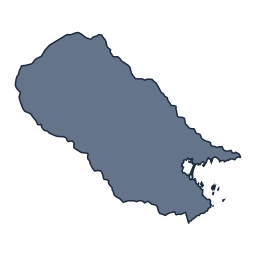 Breiðdalshreppur, Austurland, Iceland
{"feature_id": "244011B15837177030035", "entity_name": "Breiðdalshreppur", "entity_type": "district", "adm_level": 2, "iso_a3": "ISL", "parent_name": "Iceland", "parent_adm1": "Austurland", "projection": "albers", "projection_center": [-14.121, 64.837], "detail": "fine", "context": "isolated", "style": "filled", "palette": "slate", "viewbox_px": 256, "rotation_deg": 0, "n_neighbors": 0, "source": "geoboundaries", "source_scale": "gbopen_adm2", "svg_char_len": 5967}
<svg xmlns="http://www.w3.org/2000/svg" viewBox="0 0 256 256"><path d="M74.7,33.2L70.9,34.7L67.2,34.6L66.3,35.0L49.6,45.1L45.0,50.2L41.3,56.3L36.5,58.6L34.4,60.4L32.4,63.2L31.8,63.8L26.0,65.3L21.6,65.8L19.3,70.8L18.6,74.2L17.1,76.3L16.0,79.7L15.5,83.2L15.4,85.2L16.3,87.7L18.0,90.1L20.0,91.9L20.2,92.7L20.3,93.4L19.2,96.5L19.2,97.9L20.8,103.3L22.2,106.8L22.9,108.5L24.5,111.0L25.4,111.6L29.3,113.1L31.5,114.7L32.2,116.3L35.7,120.4L37.0,122.8L37.4,124.1L37.8,124.5L38.9,124.8L41.4,124.4L41.5,124.5L41.3,125.9L41.8,127.5L44.2,130.4L47.2,130.9L49.6,133.3L56.2,136.1L59.5,136.6L63.2,136.7L65.2,137.4L66.5,138.4L67.1,140.4L67.6,141.1L68.3,141.6L71.9,141.0L72.6,141.2L74.2,143.3L74.2,143.8L73.9,144.3L73.8,146.8L74.0,147.5L74.7,148.4L81.3,152.5L87.2,153.2L87.9,153.7L88.1,154.0L87.6,156.5L87.6,157.8L88.1,159.2L89.8,161.3L90.0,163.0L90.3,164.0L92.6,168.4L94.5,171.0L98.5,170.5L100.7,171.0L101.6,172.0L102.8,174.9L103.4,178.2L103.8,179.0L104.4,179.4L107.0,179.7L108.5,180.8L108.7,181.1L108.5,182.8L108.6,183.5L109.2,184.4L112.0,187.6L112.1,187.9L112.1,189.7L113.0,191.0L114.1,194.8L116.3,196.8L120.3,199.1L122.7,201.8L123.6,202.2L127.8,200.8L133.9,200.8L136.5,201.6L139.4,200.6L141.5,200.8L143.1,201.4L144.5,202.9L147.9,201.3L148.4,201.4L151.8,204.2L155.6,205.0L156.7,205.9L157.4,207.1L158.4,211.1L159.8,213.4L165.5,215.4L167.9,213.7L171.2,212.5L173.6,212.0L174.7,211.9L175.7,214.3L176.2,214.8L178.4,214.2L180.7,214.4L185.6,212.4L188.7,223.5L189.1,221.7L191.3,220.6L192.6,219.1L194.0,218.5L194.8,217.5L195.7,217.1L197.1,215.6L199.2,215.4L200.2,214.0L201.0,213.4L203.3,213.4L204.6,212.8L206.1,211.1L207.4,210.9L208.4,208.4L210.6,207.3L210.9,205.7L210.7,205.4L211.6,204.0L210.7,204.8L210.2,203.9L210.4,203.2L210.3,202.6L210.6,201.0L210.2,200.5L210.1,199.9L208.7,199.2L207.6,199.6L207.0,199.3L203.7,196.4L203.3,195.4L202.8,195.5L202.4,195.1L202.3,194.2L202.7,191.9L202.7,189.6L202.2,189.8L200.7,188.8L200.3,188.3L200.3,186.6L198.4,186.2L198.2,185.7L198.4,184.9L198.3,184.5L198.7,183.7L198.6,183.4L198.3,183.9L197.7,184.3L196.7,184.0L196.1,183.3L195.8,181.0L195.8,180.4L195.0,180.7L194.4,180.1L194.9,178.9L194.5,179.0L194.3,179.6L191.8,178.7L191.3,179.2L191.6,179.3L191.6,179.6L190.1,179.8L189.5,177.5L189.7,177.0L189.0,177.8L189.8,175.3L190.1,174.8L189.6,174.7L189.7,174.8L189.4,175.8L187.4,175.6L187.1,175.3L186.8,174.4L185.8,174.0L184.3,172.5L183.1,173.0L182.8,172.9L182.5,171.8L182.2,171.5L182.1,170.6L183.5,167.3L181.7,166.4L182.4,165.9L182.5,165.6L181.8,164.0L182.0,163.5L182.9,163.3L183.4,162.8L183.4,162.4L183.8,162.0L183.7,161.5L183.8,161.3L183.4,160.8L183.6,160.2L185.4,159.8L186.4,160.2L187.3,158.6L187.7,158.4L188.3,158.4L188.7,159.3L189.0,159.0L189.8,159.0L190.7,160.1L191.5,159.7L191.5,159.0L191.7,158.7L192.5,158.7L192.6,159.1L192.2,159.9L191.9,162.1L192.5,162.2L192.6,162.5L189.0,161.4L188.9,161.9L192.7,163.2L192.7,163.9L193.5,163.5L194.8,163.9L193.3,166.3L190.1,174.0L189.9,173.9L190.1,174.1L190.4,174.1L191.7,170.4L193.0,167.7L193.1,167.8L192.0,171.4L192.0,172.4L192.2,172.9L191.7,173.6L191.7,174.5L192.5,177.8L192.8,177.4L192.6,175.6L192.7,172.0L194.3,166.9L195.5,164.8L196.3,164.1L198.3,163.6L198.4,165.0L198.7,164.9L198.7,164.2L199.0,164.1L200.3,164.5L201.2,162.9L202.4,161.9L203.2,161.7L204.3,162.5L204.0,163.8L204.1,164.4L203.7,165.1L203.3,165.0L203.7,165.2L203.6,165.6L203.0,165.5L203.0,165.1L202.9,165.1L202.8,165.6L203.6,165.7L203.5,166.3L203.0,166.5L203.4,166.4L204.8,164.9L204.9,164.6L204.7,163.9L206.4,162.5L206.6,161.3L206.8,160.9L207.1,159.9L207.4,159.5L207.8,158.6L208.4,157.9L209.0,158.1L209.0,158.8L210.8,159.4L210.7,160.9L210.9,160.7L211.0,160.2L211.7,160.4L211.4,161.7L211.5,162.3L212.4,159.9L212.5,159.2L212.2,158.6L212.3,158.5L214.5,157.1L216.0,157.2L218.4,158.8L218.6,159.0L218.6,159.5L219.1,159.9L219.7,161.7L220.0,161.5L219.9,161.1L220.1,160.8L222.9,160.5L224.4,160.9L224.5,161.7L227.6,160.1L228.3,160.5L228.9,159.9L229.9,159.6L230.5,159.0L232.2,158.9L234.6,159.7L235.0,159.6L236.0,158.2L237.8,157.0L238.9,157.0L240.0,157.5L240.6,157.0L239.5,154.7L238.9,153.9L236.0,152.4L235.4,152.3L234.8,153.0L232.5,153.1L232.2,152.8L231.3,150.7L231.0,150.4L227.6,151.2L225.0,150.8L223.3,149.5L222.2,146.8L222.0,146.7L218.9,146.8L216.7,147.5L214.8,146.5L211.8,146.1L210.7,144.6L210.7,143.7L210.4,142.5L208.7,141.7L205.8,141.1L202.1,138.9L201.3,137.6L200.6,135.5L199.8,134.3L196.0,133.1L195.2,131.0L193.9,128.8L190.8,128.6L189.4,128.1L185.7,124.1L185.2,122.8L184.5,118.8L184.3,118.3L182.6,117.4L178.8,117.2L177.6,116.5L177.3,116.1L176.6,111.5L176.0,109.2L175.9,108.3L176.1,106.9L176.0,106.4L174.3,105.7L171.3,105.5L168.0,100.5L167.5,99.3L167.4,97.9L167.1,97.5L165.0,96.5L163.1,93.6L161.5,92.9L160.2,90.7L159.4,88.8L156.1,83.1L154.2,81.7L152.1,79.4L147.5,79.1L144.8,80.1L141.9,78.8L135.6,78.8L132.8,75.4L131.6,73.4L130.4,69.6L130.3,68.2L129.9,67.4L128.2,65.3L121.3,60.8L120.3,59.0L118.2,57.0L117.2,56.7L114.0,56.8L112.8,56.2L110.2,52.0L110.1,51.5L110.5,50.3L110.4,49.7L107.5,47.3L106.9,46.2L105.8,41.3L105.3,40.0L103.2,37.6L101.7,35.1L98.6,34.7L97.2,35.8L93.1,37.1L92.3,37.8L91.6,38.9L90.4,39.2L87.2,38.2L84.7,36.8L81.8,34.4L79.0,32.8L77.6,32.5L74.7,33.2ZM202.2,186.7L203.3,185.5L202.6,184.1L202.2,184.3L201.8,185.2L201.9,185.4L201.7,186.0L202.2,186.1L202.2,186.7ZM213.3,186.3L213.6,185.3L212.3,186.4L212.1,186.8L212.4,186.7L212.4,187.0L212.1,187.7L213.2,187.2L213.4,186.8L213.3,186.3ZM213.9,189.7L214.8,187.8L214.7,187.7L215.2,185.8L214.8,186.1L214.7,186.9L214.0,187.7L214.3,188.6L213.7,189.6L213.9,189.7ZM201.2,184.3L201.7,183.5L201.8,182.7L201.6,182.3L201.3,182.8L201.5,183.1L200.7,184.0L200.9,184.4L201.2,184.3ZM213.1,194.5L213.4,193.6L213.6,192.5L213.3,192.5L212.8,193.4L212.8,194.3L213.1,194.5ZM223.1,201.1L223.6,200.3L224.1,199.7L223.1,199.9L222.8,200.9L223.1,201.1ZM212.8,188.2L212.6,187.9L212.5,188.2L212.0,188.2L212.0,188.7L212.3,188.7L212.2,189.2L212.3,189.4L212.8,188.2ZM217.9,190.1L218.6,188.9L218.6,188.5L217.8,189.9L217.9,190.1ZM212.6,206.7L213.4,205.4L213.0,205.7L212.6,206.7Z" fill="#64748b" stroke="#1e293b" stroke-width="1.5"/></svg>